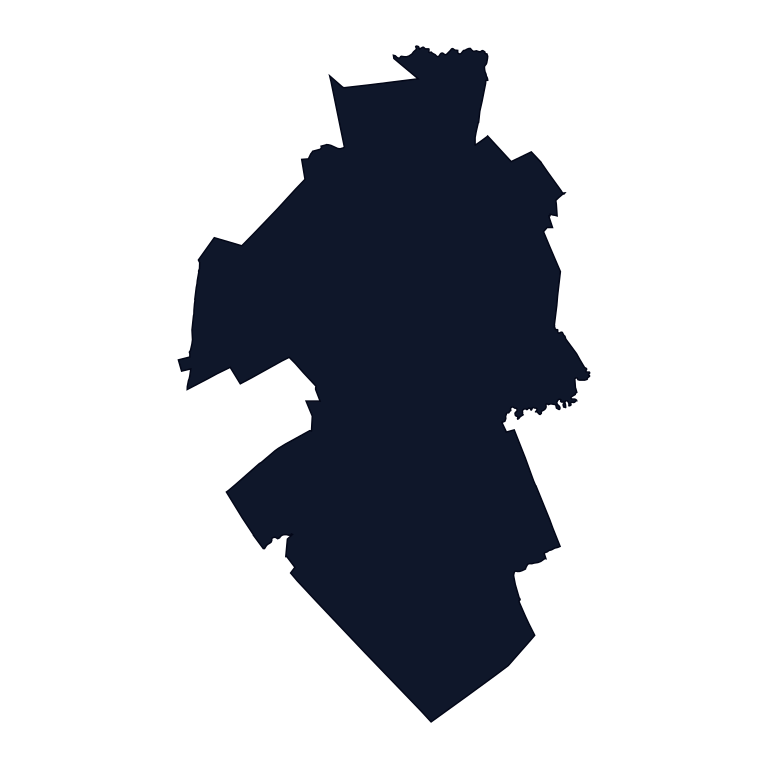 Birda, Timis, Romania (Natural Earth projection)
{"feature_id": "2599482B65688424110437", "entity_name": "Birda", "entity_type": "district", "adm_level": 2, "iso_a3": "ROU", "parent_name": "Romania", "parent_adm1": "Timis", "projection": "natural_earth1", "projection_center": [21.351, 45.422], "detail": "fine", "context": "isolated", "style": "filled", "palette": "ink", "viewbox_px": 768, "rotation_deg": 0, "n_neighbors": 0, "source": "geoboundaries", "source_scale": "gbopen_adm2", "svg_char_len": 6030}
<svg xmlns="http://www.w3.org/2000/svg" viewBox="0 0 768 768"><path d="M431.1,721.9L468.9,694.6L496.9,674.1L508.2,665.6L530.8,639.9L534.7,635.3L529.1,624.2L525.4,616.3L519.5,602.8L519.0,601.1L519.3,600.4L519.9,600.1L520.1,599.6L519.7,598.4L519.2,598.0L515.3,584.5L513.8,576.8L513.6,575.2L514.2,572.4L514.8,571.5L515.2,571.2L516.2,571.2L517.7,571.5L519.7,571.4L521.9,570.7L525.1,569.2L525.5,568.9L525.7,567.9L527.0,565.4L527.7,564.4L528.5,563.8L529.8,563.6L531.9,563.7L533.9,563.1L537.9,562.5L540.8,561.4L544.9,558.5L545.9,558.7L544.2,553.5L544.8,552.7L547.5,551.7L548.7,550.6L551.6,549.8L554.7,548.1L557.7,547.4L560.1,546.4L552.8,528.1L549.8,519.9L535.9,485.7L535.6,485.6L533.6,480.9L525.3,458.0L514.2,429.9L506.3,432.1L505.8,430.7L501.9,422.5L502.1,422.1L502.8,422.1L504.9,421.2L505.8,418.6L505.6,416.1L506.3,414.4L506.2,413.8L506.7,413.2L507.6,412.8L508.7,412.8L509.0,412.5L509.4,411.4L510.7,410.6L510.8,410.4L510.5,408.8L510.9,407.9L511.2,407.4L512.2,407.0L512.9,406.9L514.7,408.1L516.4,408.3L517.0,409.2L517.1,410.1L517.0,411.0L515.3,412.6L515.0,413.4L515.3,415.2L515.6,415.7L517.6,416.7L517.9,417.6L517.5,418.7L517.7,419.1L517.9,419.1L519.0,418.3L519.4,417.5L520.9,416.2L523.1,414.8L522.4,413.7L522.6,412.7L522.4,411.0L522.5,410.4L523.6,409.3L524.8,408.8L526.0,409.0L526.9,409.6L527.5,409.3L528.5,408.2L529.2,408.0L530.4,408.7L531.0,410.0L531.4,410.0L531.9,409.1L532.3,408.0L532.7,407.6L533.3,407.5L534.5,408.0L536.2,408.2L536.8,408.6L537.0,409.7L536.6,410.7L535.6,411.6L535.6,411.8L537.0,411.8L539.4,414.3L540.2,414.4L541.3,413.4L541.3,412.3L541.6,411.2L543.8,410.1L545.2,408.9L545.7,408.1L546.1,407.0L545.9,404.8L546.5,403.8L547.2,403.8L548.4,404.6L550.4,403.9L551.2,403.9L555.2,404.6L555.9,405.2L556.2,407.0L556.5,408.1L558.8,409.4L559.5,409.4L559.9,408.8L559.9,407.4L559.7,407.0L559.4,406.3L557.6,404.6L556.9,403.4L556.8,402.3L557.8,400.3L558.6,399.5L559.2,399.3L560.4,399.4L560.9,399.7L560.6,401.2L561.1,401.8L561.9,402.1L563.2,402.0L564.2,402.4L564.4,402.9L564.2,403.2L563.2,404.1L563.1,405.1L563.6,406.3L563.5,406.8L563.6,407.0L565.6,407.5L565.7,407.3L565.5,404.7L564.9,402.4L565.2,401.4L566.1,400.8L567.1,400.8L568.0,401.5L569.0,403.7L568.9,405.7L569.5,405.8L570.5,405.4L570.8,405.2L571.0,404.5L570.7,403.3L571.0,402.5L571.8,402.2L573.8,402.5L574.7,402.1L576.2,400.7L576.7,400.7L576.5,400.1L575.7,399.5L574.8,399.1L571.6,399.0L570.9,398.2L571.2,397.1L572.0,396.4L575.2,394.5L575.4,393.3L576.8,392.4L575.9,389.0L575.4,387.6L574.8,378.8L575.6,378.0L576.5,377.8L577.2,378.1L578.0,379.7L579.6,380.1L584.8,380.1L587.0,379.4L587.3,379.1L587.4,378.3L587.6,377.8L589.5,376.4L589.5,375.7L588.6,375.3L588.5,375.0L588.6,374.5L589.5,373.5L589.6,372.9L589.6,372.4L589.3,372.1L587.0,372.1L586.1,371.7L585.7,371.1L586.6,369.4L586.6,368.9L586.0,368.2L584.6,367.6L579.9,359.7L576.5,353.6L565.8,339.1L564.9,336.2L564.1,335.6L563.5,334.8L562.4,332.6L561.9,332.2L561.5,332.2L560.8,332.3L559.5,333.0L558.3,333.0L557.7,332.0L557.7,329.9L557.2,329.6L555.7,329.6L555.1,328.7L554.7,327.3L554.3,327.1L554.6,325.8L554.4,324.6L556.8,305.3L557.6,295.6L560.4,271.6L550.0,247.3L543.5,231.7L547.1,227.5L552.5,227.5L549.3,217.8L549.0,215.9L550.0,215.8L550.2,214.2L553.0,215.0L555.1,215.3L557.1,215.9L556.3,204.1L555.8,200.4L558.8,197.5L562.1,194.7L562.7,194.2L564.1,193.9L564.9,192.9L562.6,193.1L561.1,190.7L547.6,172.0L540.9,162.3L541.0,162.2L531.3,151.9L511.2,161.6L487.6,136.0L487.0,136.7L480.9,141.2L475.3,145.1L475.1,145.0L475.1,137.6L476.1,132.0L478.3,122.4L478.6,122.4L478.8,120.8L479.8,111.3L482.0,101.6L485.6,83.4L485.8,80.4L487.7,80.3L487.6,79.1L487.0,77.2L486.4,76.3L486.0,74.1L485.0,71.7L484.6,69.4L484.4,66.8L484.9,65.7L486.2,64.1L486.7,62.9L487.5,58.5L487.7,56.3L486.9,53.9L485.3,53.7L485.0,53.3L485.0,52.3L484.7,51.8L482.8,50.6L482.0,50.7L480.5,51.7L479.7,51.8L478.4,51.5L476.4,50.8L473.8,51.4L473.3,51.3L471.7,50.1L470.4,48.5L470.1,48.4L468.4,48.6L466.1,49.6L465.5,50.2L463.6,50.5L462.8,51.3L461.3,53.3L460.5,53.8L459.7,54.0L458.6,53.6L457.9,53.0L457.7,52.2L457.7,50.4L454.8,50.1L453.1,48.8L452.3,48.6L451.5,49.0L450.2,50.7L446.5,54.4L445.6,54.7L444.9,54.7L442.7,53.1L441.3,53.2L440.4,54.0L439.1,56.0L438.4,56.5L437.5,56.6L436.7,56.3L435.2,54.7L432.5,53.3L431.2,52.1L429.6,52.5L429.0,52.1L428.8,51.3L429.0,49.6L428.9,49.0L428.7,48.9L425.6,48.9L425.1,48.7L423.6,47.3L423.2,47.3L422.6,47.3L419.4,49.1L419.2,48.7L418.9,47.4L418.5,46.7L417.8,46.3L416.6,46.1L416.2,46.1L415.7,46.7L416.4,48.5L416.2,49.5L413.6,51.8L411.9,54.1L409.0,56.0L406.5,56.8L404.1,56.7L401.4,56.3L400.7,56.6L399.8,58.0L398.8,58.2L397.2,57.6L395.3,55.8L393.4,55.3L393.9,58.5L418.2,78.8L369.9,84.8L344.4,87.7L343.4,87.6L342.2,86.8L329.7,75.9L331.0,81.4L344.4,147.1L343.3,147.9L340.1,148.8L337.7,148.5L330.9,145.4L328.5,144.8L326.5,144.6L325.6,145.0L321.1,146.2L321.5,147.5L320.4,149.2L312.6,151.3L312.2,152.2L310.8,153.9L308.4,158.9L301.7,159.4L305.0,179.3L295.9,188.8L277.2,209.2L253.3,234.1L241.8,245.8L214.3,237.7L198.4,260.0L199.7,262.6L199.5,268.6L198.6,271.1L198.8,272.1L197.3,280.6L197.0,283.9L196.3,287.4L194.8,299.6L195.0,300.6L194.5,303.8L194.0,309.9L193.9,314.1L193.5,315.8L192.0,329.9L192.5,339.8L191.9,344.2L190.5,350.4L189.4,352.1L189.9,353.9L189.8,357.0L178.4,359.9L181.6,371.1L190.8,368.9L189.8,375.9L189.2,378.7L188.5,380.5L187.3,386.6L187.2,389.5L207.7,378.8L217.1,373.7L230.2,367.3L240.3,383.8L251.6,377.8L281.8,361.0L289.2,357.3L295.3,363.5L303.5,372.8L316.1,386.3L315.7,387.5L315.6,389.2L315.8,389.9L320.1,401.1L306.1,401.1L312.3,416.1L311.5,430.9L309.7,430.7L285.7,443.9L278.6,448.2L275.1,450.7L261.0,462.7L260.2,463.0L259.3,463.7L259.2,463.7L235.6,484.5L228.5,490.5L226.4,492.0L242.3,517.9L253.6,535.0L253.4,535.2L263.3,548.6L264.5,548.6L266.4,545.6L267.6,544.4L270.0,543.0L271.2,542.0L271.8,540.3L271.7,539.0L272.4,537.8L274.9,537.2L276.0,537.6L277.7,538.7L279.6,537.8L280.5,536.4L282.1,535.2L283.7,534.7L286.3,534.6L288.8,535.2L290.4,535.1L291.4,533.9L292.5,534.4L287.4,539.1L285.8,556.6L286.8,556.6L294.9,567.3L290.6,573.0L297.3,580.9L316.6,601.6L364.9,652.6L421.0,710.9L431.1,721.9Z" fill="#0f172a" stroke="#020617" stroke-width="1.5"/></svg>